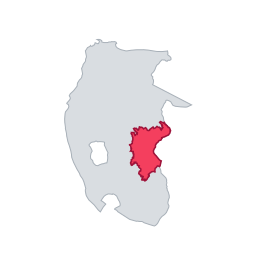 North West highlighted on a map of South Africa, rotated 120°
{"feature_id": "ZAF-1201", "entity_name": "North West", "entity_type": "Province", "adm_level": 1, "iso_a3": "ZAF", "parent_name": "South Africa", "parent_adm1": "", "projection": "orthographic", "projection_center": [25.686, -26.361], "detail": "fine", "context": "in_parent", "style": "filled", "palette": "rose", "viewbox_px": 256, "rotation_deg": 120, "n_neighbors": 0, "source": "natural_earth", "source_scale": "10m", "svg_char_len": 8689}
<svg xmlns="http://www.w3.org/2000/svg" viewBox="0 0 256 256"><g transform="rotate(120 128 128)"><path d="M176.0,53.1L181.9,52.5L184.5,53.0L187.7,54.4L190.6,54.9L195.7,54.7L197.4,55.0L198.7,55.5L199.7,56.2L200.9,61.3L202.0,66.7L201.9,68.5L202.0,69.2L203.3,71.5L203.8,73.0L204.6,74.2L206.1,80.0L206.3,81.1L205.6,95.0L204.9,96.7L205.1,98.9L204.2,99.1L199.5,96.1L198.6,96.2L197.2,97.2L195.9,98.7L195.2,100.1L192.6,103.8L192.3,106.2L192.5,108.2L193.3,108.3L193.8,109.8L195.0,112.2L197.2,113.8L199.2,114.6L202.1,114.9L204.4,115.0L204.3,113.4L205.0,109.2L208.8,109.9L214.5,110.0L213.9,112.8L211.5,118.9L209.9,125.9L208.0,129.4L207.0,130.8L204.1,133.3L202.7,134.1L201.5,134.3L196.6,139.4L194.8,141.8L193.1,145.5L191.5,147.4L189.1,151.7L185.0,157.9L181.6,162.0L180.1,163.1L179.2,163.7L176.5,166.0L172.8,169.8L169.9,173.2L165.7,177.0L163.3,178.7L159.7,182.0L158.7,182.5L154.7,185.6L151.8,187.4L147.2,189.6L145.3,190.2L141.0,189.6L139.1,189.9L137.6,191.2L137.5,193.2L136.9,193.4L132.8,192.6L131.2,192.7L130.2,193.7L129.5,195.0L127.2,195.1L123.1,193.8L118.3,193.1L117.2,193.0L114.9,194.0L114.1,194.2L110.7,194.1L108.8,193.5L107.0,193.5L105.6,194.1L103.9,194.3L99.6,198.0L97.3,198.1L95.3,198.6L91.7,198.2L90.7,198.5L89.7,199.1L87.3,199.5L86.4,200.1L82.5,203.5L80.8,203.3L78.7,203.3L76.2,201.7L75.3,201.8L75.5,201.3L75.5,200.4L74.6,199.5L73.7,199.6L73.2,198.8L71.7,198.8L70.6,199.1L70.1,196.1L69.6,195.8L68.1,195.9L67.4,196.0L67.1,196.3L66.8,197.0L66.9,199.1L66.4,198.5L65.7,197.3L65.4,196.0L65.5,194.4L66.6,193.7L66.1,191.7L64.2,188.3L63.1,187.6L62.1,185.9L61.3,185.3L60.8,184.0L60.0,183.1L59.6,181.5L60.0,180.6L60.6,180.0L61.4,180.8L62.2,180.4L63.4,179.2L64.0,177.4L63.9,174.6L63.6,172.9L62.3,168.4L61.7,167.4L59.2,164.3L56.3,160.2L52.4,153.6L50.5,149.6L47.4,141.5L44.9,136.9L41.9,132.7L41.5,132.5L41.9,131.9L43.3,130.8L43.9,130.5L44.3,130.6L44.6,130.3L44.9,129.6L45.0,128.0L45.5,126.3L46.1,125.6L47.3,125.0L48.4,125.6L48.8,126.2L49.0,126.9L49.5,127.3L50.2,127.2L50.7,127.7L51.0,128.7L51.0,129.4L50.7,129.9L50.8,130.4L51.3,131.1L52.0,132.7L54.6,133.4L56.1,133.4L57.5,133.7L58.9,134.4L61.1,134.4L64.0,133.9L66.5,133.9L68.5,134.5L69.9,134.6L70.8,134.1L71.1,133.4L71.0,132.6L71.4,132.0L72.3,131.8L73.1,131.1L73.6,130.0L75.0,129.1L77.1,128.4L78.2,128.4L76.2,84.5L80.3,87.4L81.2,88.7L83.3,92.8L85.5,97.8L85.9,100.2L85.8,100.7L83.9,104.1L83.9,105.8L84.2,107.7L84.7,108.6L85.3,108.9L86.7,108.4L88.8,108.8L92.9,108.4L95.0,108.6L95.5,108.5L95.9,108.0L96.4,106.9L96.9,106.5L98.8,105.9L99.6,105.2L100.9,102.9L104.9,99.7L105.3,99.0L107.7,91.6L108.5,90.6L109.6,89.8L111.8,89.3L113.2,89.5L114.6,90.1L116.2,91.2L118.7,93.1L119.5,93.4L121.9,93.5L123.4,94.8L127.9,95.6L129.2,95.6L130.6,94.8L132.9,94.9L135.3,94.4L136.9,93.1L139.8,85.1L140.1,83.3L140.4,82.8L142.8,81.9L145.7,81.2L146.3,80.9L148.1,78.6L150.5,76.8L152.2,70.4L153.3,68.9L153.9,68.3L154.4,68.3L155.0,67.9L155.8,67.1L156.7,66.7L157.8,66.5L158.5,66.0L158.9,65.1L159.4,64.7L160.2,64.8L160.7,64.5L160.8,63.9L162.6,62.6L162.7,62.0L163.7,60.7L165.8,58.6L167.7,57.4L169.4,57.2L172.7,56.2L173.9,55.2L174.7,53.8L176.0,53.1ZM168.4,147.4L171.2,146.4L173.2,145.0L173.8,142.4L175.4,140.9L176.0,139.4L176.5,137.3L175.7,135.2L174.4,134.5L172.1,132.6L171.1,131.3L169.7,130.2L168.8,128.9L167.1,129.3L164.6,130.3L163.0,131.2L161.7,132.3L159.4,133.0L157.1,136.5L156.4,137.3L154.7,139.9L152.2,141.1L152.1,141.6L152.9,143.7L154.0,145.8L155.2,147.5L155.1,148.6L155.5,149.4L156.6,150.0L158.3,152.1L159.2,152.8L161.9,153.4L162.3,153.2L163.1,152.0L163.2,151.1L165.1,148.4L165.9,147.5L168.4,147.4Z" fill="#d9dde1" stroke="#a8b0b8" stroke-width="1"/><path d="M144.9,81.3L145.7,81.5L145.7,82.4L145.8,82.8L146.1,83.3L146.2,83.6L146.3,83.6L148.1,83.8L148.4,83.9L149.0,84.2L149.2,84.3L149.5,84.3L150.3,83.9L151.6,83.4L152.1,83.1L152.2,82.8L152.3,82.7L152.5,82.6L152.7,82.9L152.8,84.1L153.1,84.6L153.4,84.8L153.8,85.2L154.0,85.7L154.2,85.8L155.3,86.0L156.1,86.6L157.0,86.7L157.4,86.6L157.6,86.7L157.6,87.1L157.8,87.2L158.1,87.1L158.5,86.5L158.5,86.2L158.5,85.9L158.9,85.7L159.4,85.6L159.8,86.1L160.2,85.9L160.4,85.8L162.0,86.1L162.4,85.9L162.6,85.9L163.1,86.0L163.7,86.1L164.1,86.2L164.9,86.6L165.2,86.8L165.4,87.0L165.3,87.3L165.3,87.6L165.1,87.7L164.9,87.7L164.7,87.6L164.3,87.4L164.2,87.4L163.9,87.4L163.8,87.6L163.9,87.8L164.1,88.0L164.3,88.5L164.5,88.6L165.0,88.6L165.4,88.8L166.1,89.9L166.0,90.2L165.5,90.3L165.1,90.0L164.8,90.0L164.8,90.4L164.5,90.6L164.0,90.5L163.5,90.8L163.0,90.4L162.6,90.4L162.4,90.9L162.5,91.2L162.8,91.1L163.3,91.7L163.0,91.8L162.9,92.2L163.5,92.5L163.4,92.7L162.7,92.6L162.5,93.1L162.7,93.6L162.4,93.8L162.4,94.5L162.5,94.8L162.4,94.9L162.3,95.0L162.2,95.1L162.3,95.4L162.2,95.7L162.0,95.9L161.7,96.1L159.9,96.5L159.7,96.3L159.3,96.3L159.1,96.1L159.0,95.6L157.7,96.0L157.0,96.5L156.8,98.0L156.4,99.1L156.3,99.4L155.9,99.4L155.7,99.7L155.2,99.6L155.5,101.3L154.1,102.4L154.4,103.0L154.5,103.9L154.2,104.0L153.7,104.1L153.8,104.4L153.9,104.5L154.0,104.7L154.5,104.7L154.6,105.5L155.6,105.2L155.6,104.9L155.8,104.8L156.1,104.9L156.1,105.2L156.4,105.6L156.7,105.4L157.3,105.6L157.9,105.6L158.0,105.7L158.1,106.2L158.4,106.3L158.2,106.7L158.0,106.8L158.1,107.0L157.9,107.0L157.6,107.1L157.4,107.8L157.1,108.3L156.9,108.4L156.1,108.6L155.7,108.2L155.2,108.2L155.0,108.4L154.5,108.9L154.1,109.2L153.9,109.3L153.8,109.2L153.8,108.9L153.7,108.9L152.4,108.9L151.9,108.9L151.6,108.7L151.4,108.3L151.2,108.2L151.1,108.3L151.0,108.5L151.1,109.2L150.8,109.1L150.4,108.7L150.2,108.9L150.0,109.1L149.7,108.9L149.6,109.0L149.3,109.1L149.1,109.2L148.8,109.6L148.7,109.9L148.2,109.7L148.0,109.8L147.8,109.9L147.5,110.2L147.5,110.4L147.5,110.9L147.3,111.0L147.1,110.9L146.9,110.9L146.7,111.3L145.9,111.6L145.7,111.8L145.9,112.2L146.3,112.5L146.4,112.8L146.4,113.4L146.4,113.5L146.4,113.4L146.3,113.5L146.1,113.7L146.1,113.9L146.1,114.1L146.6,114.2L146.7,114.3L145.6,114.4L145.4,114.3L145.1,114.3L144.9,114.5L144.7,114.8L144.5,114.6L144.2,114.6L143.9,114.8L143.7,115.0L143.7,115.4L143.7,115.6L143.3,115.8L142.4,116.7L142.1,117.0L141.8,117.6L142.0,118.0L141.9,118.2L141.8,118.3L141.6,118.3L141.5,118.2L141.4,118.0L141.3,117.4L141.2,117.3L140.4,117.1L139.9,117.1L139.5,116.7L139.4,116.6L139.1,116.6L138.0,117.3L137.8,117.5L137.6,117.7L137.3,117.7L137.0,117.5L136.8,117.5L136.7,117.7L136.4,117.9L136.2,117.9L135.8,118.0L135.2,118.2L135.0,118.3L134.2,119.0L133.7,119.1L133.4,119.5L133.3,119.8L133.1,120.2L132.9,120.4L132.7,120.5L132.3,120.7L132.1,120.8L131.8,121.4L131.8,121.6L131.6,122.0L131.4,122.2L131.3,122.4L131.0,122.3L130.9,122.5L130.6,122.5L130.3,122.7L130.2,122.8L128.9,120.6L129.1,120.6L131.0,118.2L130.8,118.0L130.6,117.9L130.4,117.9L128.7,117.9L128.4,117.7L128.4,117.4L128.5,117.0L128.2,117.1L128.0,117.3L127.5,117.4L127.4,117.5L127.2,117.8L127.2,118.0L127.3,118.2L127.3,118.3L127.5,118.4L127.5,118.5L127.3,118.7L127.3,119.2L127.5,119.3L127.5,119.6L127.3,119.9L127.1,120.0L126.9,120.3L126.7,120.5L126.7,120.9L126.7,121.3L126.6,121.7L126.1,122.2L126.0,122.4L125.9,122.6L125.7,122.9L124.8,122.2L124.9,121.7L124.9,121.4L124.6,121.1L124.4,120.9L124.2,120.9L124.1,120.7L124.2,120.0L124.5,119.7L124.8,119.1L124.5,118.8L124.8,118.2L124.4,117.9L121.3,118.7L121.1,118.1L121.3,117.3L120.6,116.8L120.5,116.1L120.4,115.9L120.5,115.5L121.0,114.1L120.2,113.8L120.0,113.6L118.9,112.9L119.6,111.0L120.1,110.6L120.3,110.0L119.9,108.8L119.2,108.2L118.6,108.2L118.4,108.5L114.6,106.8L115.5,105.3L114.2,104.3L112.1,103.7L112.3,102.1L111.6,101.2L112.4,99.7L111.6,99.5L111.6,98.7L112.9,98.9L113.2,98.2L110.2,97.9L109.8,99.2L109.1,99.2L109.0,100.0L108.3,99.9L107.6,102.9L107.3,103.5L106.1,103.0L106.0,99.7L105.1,99.5L105.6,98.8L105.6,98.6L105.5,98.4L105.9,98.2L106.0,98.1L106.1,97.9L106.2,97.5L106.2,97.2L106.0,96.8L106.1,96.6L106.5,96.3L106.6,96.0L106.5,95.8L106.4,95.7L106.4,95.2L106.5,95.0L107.0,94.4L107.1,94.0L107.0,93.7L107.3,93.4L107.2,93.3L107.0,93.0L107.0,92.9L107.1,92.7L107.3,91.9L107.7,91.7L107.8,91.5L108.0,91.1L108.0,90.9L108.5,90.6L108.6,90.3L109.0,89.8L109.3,89.7L109.6,89.7L109.7,89.9L109.8,90.0L110.0,89.8L110.8,89.4L111.3,89.3L111.8,89.2L112.4,89.3L113.1,89.5L113.3,89.5L113.8,89.4L114.3,89.9L115.0,90.3L116.2,91.2L116.4,91.4L117.0,91.6L117.3,92.0L117.7,92.2L118.1,92.8L118.6,93.1L118.8,93.3L119.0,93.5L119.6,93.3L119.9,93.5L119.9,93.8L120.1,93.7L121.2,93.4L121.8,93.4L122.3,93.7L123.0,94.5L123.5,94.9L124.0,95.0L124.5,94.8L126.0,95.2L126.6,95.6L127.0,95.7L127.8,95.6L128.4,95.8L128.7,95.7L129.4,95.5L129.6,95.5L130.2,95.0L130.7,94.7L131.1,94.7L131.5,94.7L132.0,94.9L132.5,94.9L134.7,94.7L135.5,94.3L136.9,93.2L137.1,92.5L137.7,91.1L138.1,89.5L139.0,87.4L139.2,86.6L139.6,86.0L139.6,85.6L139.9,84.9L140.0,84.5L140.0,84.0L139.9,83.1L139.9,82.8L140.0,82.8L140.4,82.6L141.0,82.6L141.5,82.3L144.4,81.4L144.9,81.3Z" fill="#f43f5e" stroke="#9f1239" stroke-width="1.5"/></g></svg>